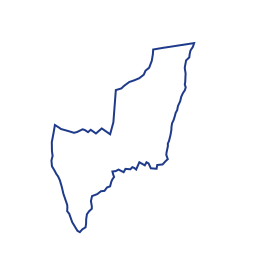 Itaguajé, Paraná, Brazil, rotated 229°
{"feature_id": "56859067B84192248470394", "entity_name": "Itaguajé", "entity_type": "district", "adm_level": 2, "iso_a3": "BRA", "parent_name": "Brazil", "parent_adm1": "Paraná", "projection": "albers", "projection_center": [-51.978, -22.666], "detail": "fine", "context": "isolated", "style": "outline", "palette": "blue", "viewbox_px": 256, "rotation_deg": 229, "n_neighbors": 0, "source": "geoboundaries", "source_scale": "gbopen_adm2", "svg_char_len": 1459}
<svg xmlns="http://www.w3.org/2000/svg" viewBox="0 0 256 256"><g transform="rotate(229 128 128)"><path d="M81.0,23.3L81.5,27.0L80.9,30.8L83.2,33.5L86.7,36.7L89.9,40.5L90.7,44.0L90.8,47.7L92.6,49.3L97.2,52.1L100.2,56.2L98.3,61.4L98.0,66.2L96.0,69.0L96.9,73.2L95.7,76.2L98.3,80.0L99.4,82.3L100.2,85.4L102.4,86.2L105.4,87.7L103.6,90.3L102.8,93.6L97.5,95.7L98.8,99.3L95.3,102.7L95.6,105.6L93.5,106.6L91.3,106.9L94.7,114.1L88.8,116.2L90.0,119.5L87.8,120.3L82.6,118.8L78.5,122.8L80.9,125.8L77.8,130.2L78.3,134.5L78.4,137.6L82.5,139.2L84.3,141.1L88.2,146.3L90.1,147.8L91.3,150.4L94.7,155.3L98.2,159.6L99.9,161.1L102.7,164.4L104.1,167.7L105.9,170.6L108.2,174.0L109.2,176.8L111.8,180.1L114.0,185.0L116.6,188.6L118.2,192.1L119.3,195.9L120.9,198.3L123.6,199.4L125.2,201.4L128.5,204.5L131.3,207.2L136.2,210.3L140.9,216.2L141.1,220.6L143.2,222.9L145.5,226.0L146.7,230.3L148.7,233.6L166.1,206.1L170.7,198.5L167.3,195.1L163.1,190.0L159.6,183.5L159.8,178.9L157.9,174.9L158.2,169.1L160.0,163.7L161.9,159.1L162.4,152.4L162.2,149.0L164.6,143.7L141.9,120.7L135.0,110.4L144.9,107.9L144.9,100.2L151.1,98.7L151.1,95.1L154.8,94.1L156.8,92.9L158.4,86.9L159.8,84.1L164.6,81.1L171.3,76.7L173.6,76.2L178.2,74.8L172.9,68.3L167.3,61.2L164.2,58.6L160.4,55.4L156.4,52.8L153.7,48.9L149.0,45.5L144.0,44.6L140.1,43.7L137.4,43.5L133.3,42.3L126.8,39.3L120.8,36.1L109.9,31.7L107.8,30.1L105.1,27.5L101.9,27.4L93.5,24.1L83.6,22.4L81.0,23.3Z" fill="none" stroke="#1e3a8a" stroke-width="2"/></g></svg>